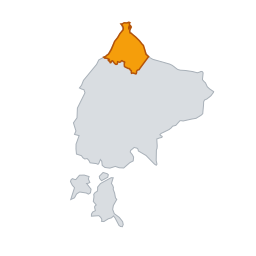 where Ida-Viru sits in Estonia, rotated 296°
{"feature_id": "EST-1655", "entity_name": "Ida-Viru", "entity_type": "County", "adm_level": 1, "iso_a3": "EST", "parent_name": "Estonia", "parent_adm1": "", "projection": "mercator", "projection_center": [27.147, 59.161], "detail": "fine", "context": "in_parent", "style": "filled", "palette": "amber", "viewbox_px": 256, "rotation_deg": 296, "n_neighbors": 0, "source": "natural_earth", "source_scale": "10m", "svg_char_len": 3913}
<svg xmlns="http://www.w3.org/2000/svg" viewBox="0 0 256 256"><g transform="rotate(296 128 128)"><path d="M198.3,189.0L197.6,189.2L193.3,188.4L188.7,186.2L186.7,184.5L184.7,184.5L182.3,185.6L173.6,188.9L171.5,188.1L166.5,184.9L164.0,181.4L158.5,174.5L158.0,172.9L157.3,171.5L151.3,169.8L149.1,167.2L147.3,166.9L144.6,165.6L137.6,160.1L135.9,159.6L135.5,160.5L135.6,161.8L135.2,162.6L134.3,162.5L132.7,160.5L130.7,158.7L124.7,162.1L122.5,163.0L120.6,163.2L111.1,167.6L108.2,169.9L106.9,169.7L107.2,167.5L111.2,156.3L111.9,147.4L113.4,146.2L113.8,144.9L113.2,142.1L109.0,140.2L107.4,140.5L105.9,143.6L104.3,145.8L100.7,147.1L97.6,144.8L90.2,141.7L88.4,137.5L87.9,133.4L84.0,129.3L82.4,124.5L83.1,121.2L86.6,119.0L87.6,117.0L83.2,117.3L82.2,116.9L82.1,115.1L80.1,109.2L81.8,106.9L82.6,104.7L81.2,102.7L81.5,100.5L82.7,98.3L82.0,93.1L86.4,90.4L90.7,88.4L99.7,87.4L98.8,82.7L102.5,82.5L108.7,76.7L114.8,77.7L123.7,73.8L140.8,73.9L143.1,71.6L142.7,69.3L142.7,66.8L146.0,67.5L151.3,67.1L171.4,71.9L176.4,71.9L183.2,76.8L186.9,78.0L197.8,78.1L214.6,80.2L217.9,76.9L218.2,76.0L219.9,77.9L221.9,80.9L222.4,82.6L221.7,83.6L219.7,84.4L219.3,85.3L218.4,86.9L216.0,87.1L214.8,88.3L213.3,93.3L210.6,101.6L206.5,107.8L203.2,111.3L201.7,113.9L200.8,117.0L200.6,120.2L203.7,137.4L203.7,140.5L203.0,143.7L202.4,146.9L202.9,149.7L204.9,154.5L207.1,161.5L208.0,166.1L209.5,167.7L210.9,168.9L211.2,169.7L211.1,170.5L210.4,171.4L204.1,173.7L203.2,175.7L202.5,177.9L199.8,181.2L198.9,184.3L198.4,187.8L198.3,189.0ZM55.5,126.7L57.7,128.1L59.6,127.6L61.6,126.6L66.0,127.6L75.9,134.6L76.8,136.5L70.9,137.4L69.6,139.5L68.1,141.0L66.5,141.5L63.6,144.5L59.7,147.4L58.9,149.2L51.9,148.8L48.1,149.9L45.0,153.2L43.8,159.4L41.5,164.2L39.2,166.0L36.8,166.2L36.2,164.4L36.5,162.6L41.5,155.8L42.6,153.5L40.0,152.5L37.9,150.2L33.3,147.3L32.5,145.1L33.6,144.9L34.6,144.3L35.8,142.4L36.4,140.2L32.7,133.8L34.6,132.9L37.0,133.1L39.4,134.9L42.0,132.8L43.1,132.4L44.9,133.2L46.8,129.0L51.2,127.6L53.4,126.3L55.5,126.7ZM64.8,114.7L62.3,117.6L60.8,116.4L60.0,115.1L56.8,121.6L53.3,122.7L51.2,121.4L51.3,119.0L49.3,112.6L46.2,110.7L41.8,110.5L38.6,107.9L50.9,106.1L52.1,103.1L54.6,99.8L56.5,99.5L58.1,100.2L58.4,102.7L58.8,103.7L64.3,105.1L66.5,109.3L67.3,114.3L64.8,114.7ZM77.4,130.8L74.9,131.4L69.0,127.3L70.3,124.5L72.0,123.4L77.1,125.1L77.8,129.3L77.4,130.8Z" fill="#d9dde1" stroke="#a8b0b8" stroke-width="1"/><path d="M218.4,76.2L219.0,77.3L220.4,78.0L221.0,78.7L221.7,80.5L222.0,81.0L222.4,81.4L223.2,82.1L223.5,82.5L223.4,83.6L222.6,83.2L221.3,84.3L218.8,84.5L217.9,85.0L220.1,85.8L220.8,85.8L220.2,86.7L216.7,86.6L215.0,87.5L214.3,88.4L214.6,89.4L214.1,90.7L213.1,95.1L211.4,100.1L210.8,101.3L209.6,103.8L209.2,105.1L208.7,105.9L208.6,106.0L206.0,108.4L202.1,111.9L201.2,115.2L186.5,112.5L186.3,112.5L185.4,112.4L185.2,112.3L185.0,112.1L184.6,111.5L183.8,111.0L183.1,110.9L182.8,110.9L182.4,111.0L181.6,111.4L180.9,111.4L180.7,111.4L180.5,111.6L180.2,111.5L180.0,111.2L179.9,110.3L179.8,109.1L179.6,108.8L179.6,108.5L179.5,108.2L178.7,107.2L179.8,106.3L180.8,106.0L181.0,105.7L181.1,105.1L181.2,104.7L181.3,104.2L181.8,103.7L182.0,103.4L182.0,103.1L181.6,102.2L181.6,98.9L181.7,98.0L181.9,97.7L184.0,96.5L185.6,96.2L185.8,96.1L185.9,95.8L185.9,95.5L185.8,95.3L185.6,94.9L185.9,93.2L185.7,92.8L185.4,92.6L184.5,92.5L184.1,92.3L183.5,91.7L183.3,91.2L183.0,89.6L180.9,90.3L180.7,90.2L180.3,89.9L179.9,89.3L180.1,87.9L181.4,85.3L181.6,84.6L181.5,84.3L181.3,84.1L180.0,83.9L179.8,84.0L179.4,84.0L179.2,83.9L179.0,83.5L178.9,83.4L179.0,83.2L179.5,82.8L180.0,82.3L179.9,81.1L180.0,80.9L180.2,80.6L180.4,80.5L180.6,80.5L180.8,80.6L181.3,81.1L181.5,80.8L181.4,79.4L181.4,78.7L181.2,78.1L180.8,76.9L180.7,76.6L180.6,76.3L180.8,75.9L181.0,75.1L182.5,76.5L184.0,77.0L185.2,77.8L185.8,78.1L191.2,78.6L196.0,78.3L200.0,78.0L204.7,79.1L209.3,79.4L214.0,80.6L215.3,80.2L216.5,79.4L217.4,78.3L218.4,76.2Z" fill="#f59e0b" stroke="#b45309" stroke-width="1.5"/></g></svg>